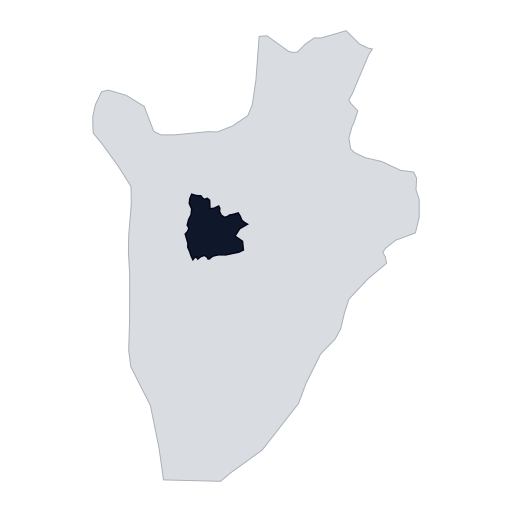 Burundi, with Muramvya highlighted
{"feature_id": "BDI-3365", "entity_name": "Muramvya", "entity_type": "Province", "adm_level": 1, "iso_a3": "BDI", "parent_name": "Burundi", "parent_adm1": "", "projection": "natural_earth1", "projection_center": [29.66, -3.246], "detail": "fine", "context": "in_parent", "style": "filled", "palette": "ink", "viewbox_px": 512, "rotation_deg": 0, "n_neighbors": 0, "source": "natural_earth", "source_scale": "10m", "svg_char_len": 1766}
<svg xmlns="http://www.w3.org/2000/svg" viewBox="0 0 512 512"><path d="M372.4,49.0L368.8,54.5L352.2,93.9L348.9,99.8L350.8,103.4L357.8,110.9L353.7,123.3L352.0,126.6L348.9,138.2L350.6,148.8L354.6,152.7L365.4,157.8L381.6,161.5L400.7,170.4L413.6,172.0L416.6,178.3L416.0,189.7L419.2,199.6L419.2,217.3L415.4,232.9L395.7,240.2L385.6,248.2L382.8,252.2L385.3,256.9L386.6,263.2L368.1,278.7L349.0,299.0L344.5,312.7L340.7,328.8L335.1,339.1L320.6,354.0L305.8,383.9L298.6,403.4L262.2,450.0L230.0,473.3L220.6,481.3L163.5,479.9L159.1,448.4L150.4,405.5L130.8,366.7L128.7,350.5L129.6,319.2L129.7,275.2L128.4,251.5L128.8,234.3L131.3,204.3L131.0,186.4L118.0,165.8L102.0,143.8L93.2,133.0L92.8,124.3L92.8,116.3L95.4,104.6L101.7,91.6L108.7,90.2L126.1,95.3L144.2,106.4L153.7,131.3L161.1,134.9L174.4,134.9L208.5,131.6L217.0,132.0L232.5,126.0L247.9,115.5L252.3,104.7L255.9,80.3L259.2,36.3L267.0,35.8L288.6,51.4L293.2,52.5L297.7,51.9L305.2,44.2L314.3,37.9L321.1,38.0L346.1,30.7L359.5,44.0L368.0,48.1L372.4,49.0Z" fill="#d9dde1" stroke="#a8b0b8" stroke-width="1"/><path d="M191.7,194.2L196.5,195.6L200.9,195.8L202.6,198.1L204.5,199.3L207.3,198.3L209.6,200.2L210.0,208.8L214.1,208.2L218.7,206.0L219.8,208.3L219.5,211.4L221.3,215.2L224.6,217.3L227.3,216.6L229.4,215.1L233.9,214.2L238.2,212.9L240.2,216.2L241.8,220.2L244.5,222.5L247.5,224.2L239.7,228.7L235.0,236.1L242.5,241.3L243.4,250.0L239.0,252.1L225.7,254.9L218.6,254.8L213.2,256.0L210.8,257.5L209.7,258.8L208.1,259.0L207.1,257.1L204.5,255.4L200.8,256.6L197.8,259.1L196.0,256.6L194.0,258.2L192.9,259.7L191.1,255.9L189.6,251.4L187.8,247.4L187.9,243.2L185.2,234.0L187.4,231.7L188.8,228.6L188.3,226.8L187.2,225.3L188.6,219.6L191.1,214.7L191.7,208.9L189.3,203.5L189.8,198.7L191.7,194.2Z" fill="#0f172a" stroke="#020617" stroke-width="1.5"/></svg>